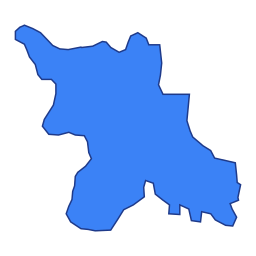 outline of Yongin-si, Gyeonggi, South Korea
{"feature_id": "91817680B86612267469181", "entity_name": "Yongin-si", "entity_type": "district", "adm_level": 2, "iso_a3": "KOR", "parent_name": "South Korea", "parent_adm1": "Gyeonggi", "projection": "equal_earth", "projection_center": [127.213, 37.219], "detail": "fine", "context": "isolated", "style": "filled", "palette": "blue", "viewbox_px": 256, "rotation_deg": 0, "n_neighbors": 0, "source": "geoboundaries", "source_scale": "gbopen_adm2", "svg_char_len": 1256}
<svg xmlns="http://www.w3.org/2000/svg" viewBox="0 0 256 256"><path d="M81.0,47.1L68.2,49.6L59.8,48.9L52.7,45.5L47.6,40.1L40.5,32.7L32.8,28.6L24.4,25.2L22.8,26.0L19.9,27.2L15.4,31.3L15.4,39.4L24.4,44.2L27.0,50.3L29.5,57.0L35.3,64.5L37.9,74.6L41.8,79.4L51.4,79.4L55.9,84.1L55.9,93.6L53.4,105.1L44.3,119.4L43.0,124.1L42.4,126.2L48.8,134.3L58.5,135.0L68.8,132.3L75.3,135.0L84.3,135.7L87.5,141.8L88.8,152.6L91.4,158.7L85.6,166.2L77.8,172.3L75.3,176.4L74.6,185.9L72.7,191.3L72.0,199.5L68.8,206.3L66.2,213.8L70.7,221.9L81.0,228.7L88.1,229.4L95.2,230.8L110.7,230.1L117.8,219.2L123.7,209.7L133.3,204.9L144.3,196.8L143.7,187.3L145.6,180.5L153.3,183.2L155.3,194.1L163.0,200.2L169.5,204.9L168.8,213.8L179.8,214.5L179.8,204.9L188.8,209.0L191.4,220.6L200.5,221.9L201.7,211.7L210.8,213.8L215.3,219.9L225.6,225.3L232.7,226.0L236.6,217.2L232.1,209.0L230.1,203.6L238.5,200.2L237.9,197.5L240.6,184.7L237.2,182.5L236.6,175.0L235.3,162.8L214.6,158.1L210.7,150.6L203.0,145.8L192.7,137.0L190.1,130.9L186.9,120.7L189.4,94.3L163.0,94.3L158.5,84.8L160.4,75.3L161.7,63.1L159.7,44.8L148.8,44.8L146.2,38.1L137.8,32.7L130.7,36.0L128.2,42.1L125.6,49.6L119.1,52.3L110.8,47.5L106.2,42.1L102.4,41.5L92.7,46.2L81.7,47.5L81.0,47.1Z" fill="#3b82f6" stroke="#1e3a8a" stroke-width="1.5"/></svg>